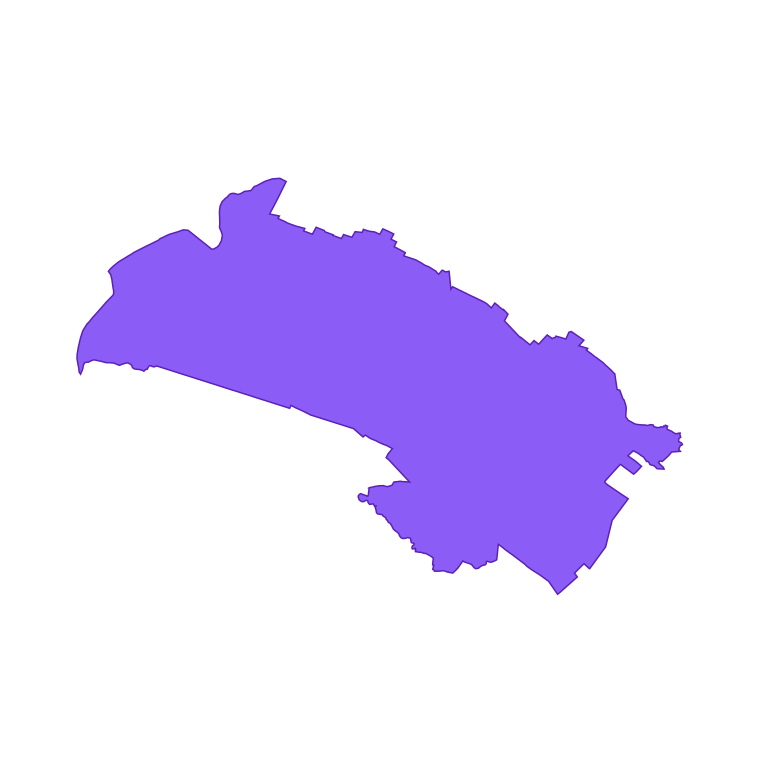 outline of Zaragoza, Puebla, Mexico, rotated 109°
{"feature_id": "50627088B7057522682097", "entity_name": "Zaragoza", "entity_type": "district", "adm_level": 2, "iso_a3": "MEX", "parent_name": "Mexico", "parent_adm1": "Puebla", "projection": "orthographic", "projection_center": [-97.566, 19.746], "detail": "fine", "context": "isolated", "style": "filled", "palette": "violet", "viewbox_px": 768, "rotation_deg": 109, "n_neighbors": 0, "source": "geoboundaries", "source_scale": "gbopen_adm2", "svg_char_len": 6144}
<svg xmlns="http://www.w3.org/2000/svg" viewBox="0 0 768 768"><g transform="rotate(109 384 384)"><path d="M413.0,115.7L410.2,126.5L406.3,140.6L405.0,143.3L403.7,143.3L393.8,139.1L383.2,134.5L383.0,134.3L388.0,118.6L384.5,116.6L378.0,113.7L375.2,120.7L372.5,130.0L366.0,126.6L366.8,120.9L367.9,117.8L368.7,114.6L371.8,110.4L371.3,109.5L371.8,108.1L373.6,106.3L373.4,102.1L373.9,100.9L375.2,98.1L375.1,97.9L373.3,91.5L371.9,92.6L370.2,96.6L368.8,98.7L368.7,99.0L366.9,98.1L366.7,95.7L359.0,91.5L354.7,89.9L351.2,81.9L349.9,84.1L345.5,83.7L345.0,82.6L343.8,82.2L342.8,83.7L342.4,86.8L339.5,87.4L337.7,86.1L335.7,87.7L334.0,88.0L334.3,88.9L335.7,91.2L336.0,92.3L335.9,93.8L335.1,96.4L334.6,101.5L333.4,102.2L331.6,102.1L331.4,103.5L331.4,104.6L332.8,104.7L332.7,105.9L334.1,106.3L334.3,108.3L335.1,108.8L336.1,111.1L336.4,113.1L336.4,115.0L335.1,116.2L335.5,118.4L337.4,121.4L337.9,124.4L338.6,126.3L339.6,130.5L340.1,133.5L339.3,138.3L338.8,141.3L336.2,144.8L328.0,147.1L325.5,148.4L321.0,151.8L319.9,153.6L313.1,159.0L313.3,161.8L304.1,166.6L299.1,169.2L299.1,169.8L297.0,173.7L293.4,182.0L292.5,183.8L289.8,192.1L289.8,192.8L287.9,197.9L286.1,203.7L284.6,203.0L284.0,202.9L284.4,212.1L281.7,211.0L277.5,209.3L273.4,224.0L274.8,226.0L282.3,226.7L282.4,231.2L282.8,237.0L283.7,236.9L286.0,239.5L286.4,239.8L286.4,240.1L286.0,240.5L284.5,245.7L296.0,250.7L294.1,256.3L299.4,258.7L295.3,270.0L295.8,270.2L293.9,273.9L287.8,285.5L285.1,290.7L280.5,289.9L277.6,289.5L274.7,295.1L275.2,295.2L273.5,300.4L273.1,300.8L271.4,305.6L277.1,307.3L274.7,312.8L273.9,316.2L271.9,333.5L269.7,350.8L272.6,351.6L260.2,357.3L256.2,359.2L256.4,359.7L257.0,360.5L257.9,362.2L257.9,362.9L257.8,363.6L257.6,364.2L257.4,365.0L257.4,365.7L257.5,366.1L258.2,366.4L262.4,368.0L261.4,370.4L260.5,371.4L259.3,376.6L258.6,379.7L258.4,383.9L257.2,389.0L256.3,394.3L256.4,407.1L255.1,406.9L253.4,406.6L253.3,407.1L252.8,407.0L251.8,412.9L250.8,419.1L245.6,418.4L244.8,424.5L239.0,423.6L238.2,429.5L237.7,435.6L243.8,436.8L243.3,442.5L244.4,448.0L244.5,453.8L247.8,454.0L249.4,460.9L255.7,462.1L255.9,470.9L260.3,471.6L260.2,480.7L259.5,480.6L259.3,489.4L258.3,490.5L257.9,499.2L265.7,500.5L265.4,509.9L262.7,509.5L263.4,519.4L263.2,528.6L262.9,529.0L262.0,538.1L259.2,537.6L260.2,545.3L260.5,547.5L249.7,545.8L241.4,544.6L225.0,542.5L224.4,542.4L223.4,549.4L226.5,556.5L231.2,562.6L238.4,569.4L239.3,570.8L241.3,571.7L242.6,572.0L243.4,572.3L244.6,573.1L245.2,574.2L246.7,577.2L246.8,577.8L247.5,578.8L249.4,580.4L251.0,581.9L251.6,582.8L252.2,583.6L252.4,584.6L252.5,587.4L252.9,588.8L253.4,589.9L253.9,590.7L255.1,591.8L258.6,593.3L259.9,594.3L264.2,596.4L266.6,596.6L268.6,596.9L272.2,596.3L275.3,595.5L278.3,594.3L280.9,593.3L283.6,592.3L286.0,591.4L288.6,590.8L290.0,590.2L292.8,587.5L295.9,585.3L301.4,584.4L306.6,585.2L309.1,586.5L311.9,589.1L312.6,590.8L302.4,619.4L303.6,624.0L307.5,628.9L312.0,635.2L314.4,637.9L317.3,640.7L319.5,643.1L321.3,644.0L321.6,644.2L332.1,654.7L341.1,663.4L344.1,665.6L345.6,667.0L354.9,674.7L360.5,678.2L364.2,680.2L367.2,681.3L369.6,678.0L373.6,675.4L379.9,672.2L384.5,669.7L387.1,669.0L388.6,669.3L396.8,673.2L407.7,677.6L416.1,681.2L421.2,683.0L424.1,684.4L431.7,686.1L438.9,686.0L448.6,685.0L455.8,683.8L460.1,682.5L465.8,679.3L468.7,677.6L471.9,676.2L473.5,674.1L468.5,673.7L464.5,674.3L462.7,674.2L461.2,673.8L460.2,672.2L459.5,670.5L457.2,668.3L456.2,667.0L455.5,665.7L455.3,664.1L454.8,660.0L454.6,658.4L454.4,654.4L454.0,652.7L453.4,650.9L452.9,649.3L452.7,648.1L452.2,646.6L452.3,644.7L452.4,643.2L452.5,640.2L450.8,638.3L448.6,635.3L447.5,633.4L447.7,631.0L448.2,629.3L449.1,628.1L450.3,627.3L451.0,625.2L450.6,622.5L449.9,619.9L449.8,616.7L450.1,615.2L449.2,614.7L448.2,614.3L447.6,613.6L447.0,612.6L445.1,612.4L444.1,612.2L443.2,611.7L442.7,610.6L442.9,608.9L442.8,608.1L442.7,606.9L442.0,606.2L441.4,605.6L441.0,604.7L440.9,603.2L440.9,602.0L437.7,465.3L434.5,465.0L435.4,458.9L435.4,457.8L435.8,454.1L436.9,445.0L437.0,444.6L437.2,443.5L436.1,398.3L440.9,386.6L438.4,385.0L439.9,379.4L440.3,373.1L440.8,370.0L441.2,365.6L441.3,361.2L442.4,355.0L446.0,356.4L448.7,357.4L453.0,358.0L454.1,354.8L468.4,327.8L469.2,331.0L470.2,334.5L470.7,337.1L471.9,339.4L473.4,342.7L474.6,343.0L476.7,343.3L477.9,344.4L479.8,347.2L480.2,348.4L480.2,349.8L480.4,351.8L481.0,353.4L482.0,355.8L483.4,358.5L484.0,359.6L485.2,361.2L485.8,362.4L486.7,364.0L487.2,364.4L487.2,364.2L494.1,362.7L495.4,362.9L495.3,370.5L496.5,371.4L498.0,371.9L499.5,371.5L500.1,370.9L501.5,369.8L502.2,368.2L502.4,366.7L502.1,365.3L501.6,364.7L500.7,364.0L499.9,363.0L499.6,361.9L499.9,361.2L501.3,360.4L501.9,359.6L502.5,358.5L502.3,357.9L501.8,357.0L501.2,356.0L500.9,355.0L501.6,354.4L502.2,353.3L502.6,353.0L502.1,351.9L503.3,352.3L503.5,352.1L506.1,350.3L507.7,349.5L508.6,348.5L508.9,347.6L508.5,345.3L508.5,344.7L508.1,343.5L508.2,342.9L508.8,342.4L509.2,341.7L509.8,338.9L511.1,338.0L511.9,336.5L513.4,334.8L513.7,333.0L515.4,330.7L516.9,329.2L518.2,327.8L519.1,325.8L519.5,324.2L519.9,323.1L520.6,321.6L521.3,320.7L522.3,320.1L523.6,318.3L523.9,317.2L524.0,316.2L523.5,314.6L522.8,313.4L521.6,311.7L521.3,310.2L521.3,309.2L521.9,308.2L523.3,307.7L523.7,307.3L524.9,306.7L525.1,306.0L524.9,304.2L525.5,303.4L526.2,303.4L527.0,303.7L527.5,304.2L528.2,304.5L529.8,304.2L530.5,303.8L530.7,303.6L530.6,303.2L530.2,302.4L530.2,301.7L529.2,300.9L529.9,300.3L530.7,299.9L531.8,300.1L532.3,299.5L532.0,298.5L531.7,296.3L531.1,294.0L531.1,290.9L530.6,289.3L531.4,284.4L532.5,280.7L535.4,280.1L539.2,279.1L539.1,278.0L543.4,277.6L543.6,276.3L544.6,275.4L543.1,271.2L541.0,266.5L541.2,263.5L540.4,257.4L534.3,254.3L525.6,251.8L526.1,250.2L526.0,245.0L526.2,242.4L528.1,239.4L528.8,237.4L528.2,235.9L527.3,234.6L526.0,233.9L524.6,232.9L523.2,231.4L522.4,229.9L521.5,229.1L520.6,228.9L519.0,229.3L518.2,229.2L518.0,228.2L518.0,226.8L517.9,225.5L517.1,223.9L515.0,221.5L513.5,220.2L498.4,223.7L498.6,222.6L501.5,214.4L503.7,207.0L508.8,191.4L509.7,189.9L511.5,184.1L513.9,174.0L517.0,164.1L526.3,151.4L524.1,150.0L503.5,138.4L500.8,142.3L488.8,136.4L491.7,129.8L491.7,129.4L465.8,121.4L438.7,123.9L413.0,115.7Z" fill="#8b5cf6" stroke="#5b21b6" stroke-width="1.5"/></g></svg>